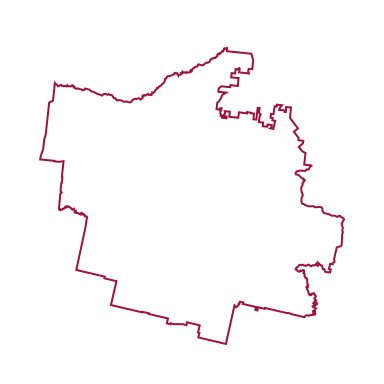 outline of Horsham, Victoria, Australia, rotated 276°
{"feature_id": "25037944B92361056365890", "entity_name": "Horsham", "entity_type": "district", "adm_level": 2, "iso_a3": "AUS", "parent_name": "Australia", "parent_adm1": "Victoria", "projection": "robinson", "projection_center": [142.219, -36.829], "detail": "fine", "context": "isolated", "style": "outline", "palette": "rose", "viewbox_px": 384, "rotation_deg": 276, "n_neighbors": 0, "source": "geoboundaries", "source_scale": "gbopen_adm2", "svg_char_len": 5987}
<svg xmlns="http://www.w3.org/2000/svg" viewBox="0 0 384 384"><g transform="rotate(276 192 192)"><path d="M102.4,85.1L98.7,114.1L97.0,113.9L95.4,126.2L71.1,123.2L67.1,154.9L67.7,154.9L66.9,161.8L66.2,161.6L63.7,181.3L58.7,180.7L58.2,184.5L59.1,184.6L58.7,187.9L59.6,196.8L58.9,200.3L61.9,200.7L60.2,213.6L52.9,212.7L52.7,214.1L48.0,213.5L44.4,241.6L83.7,246.1L82.0,248.0L84.0,250.0L85.9,250.1L85.8,250.9L87.9,251.2L87.5,254.6L86.0,254.4L84.3,267.8L81.3,267.4L81.0,269.4L84.3,269.8L83.4,276.5L84.3,276.6L81.5,299.0L81.9,300.7L80.9,303.8L79.3,316.9L81.0,318.0L81.5,319.7L81.1,321.0L81.8,322.1L82.3,324.5L82.9,324.9L82.6,325.6L83.2,327.4L82.9,327.9L84.4,327.0L83.1,325.9L86.2,324.7L86.5,325.4L85.7,326.1L85.9,326.8L88.4,326.2L89.2,327.3L89.4,326.5L90.7,325.9L90.9,325.1L90.3,324.4L90.8,323.9L91.3,324.3L91.4,325.3L92.6,325.0L92.5,326.8L93.8,328.1L95.2,327.0L95.1,325.8L94.1,325.1L94.2,324.4L96.6,325.7L97.2,326.7L98.9,324.8L101.1,326.0L102.2,325.5L102.4,324.8L104.2,323.8L103.4,323.0L103.4,321.7L102.0,321.4L101.7,320.6L102.6,319.7L102.3,319.3L103.6,318.4L104.8,318.3L107.6,316.5L109.3,317.0L109.2,316.0L109.6,315.7L111.5,317.2L113.5,316.2L116.9,315.7L118.2,315.0L118.1,314.4L118.8,313.5L120.6,312.5L122.4,312.6L123.1,311.3L124.2,311.9L125.7,311.5L125.9,310.4L124.8,309.1L125.3,308.2L123.9,307.1L124.4,305.3L125.4,304.6L125.8,303.2L126.3,303.1L127.7,303.7L129.2,305.7L130.4,306.2L131.0,307.7L130.7,308.5L131.2,309.5L130.5,311.8L130.8,312.4L130.4,312.9L132.0,315.5L130.6,318.3L131.8,319.7L131.9,321.5L132.3,322.5L133.8,323.1L133.6,323.5L134.1,323.7L132.2,324.1L131.7,324.9L134.3,325.5L132.5,327.6L132.5,328.9L129.0,330.2L129.2,331.5L126.6,332.9L126.2,336.2L127.2,337.3L126.9,337.8L129.5,338.1L129.7,336.2L135.1,336.9L134.8,339.5L136.3,339.7L137.4,341.1L140.1,340.3L151.6,341.7L152.2,342.1L153.7,345.7L155.0,346.4L166.0,345.8L167.8,346.3L169.6,345.5L172.0,345.8L175.9,344.1L180.8,346.1L182.2,344.5L182.6,342.9L183.7,341.8L183.7,340.9L182.4,339.0L183.3,336.7L183.1,333.4L184.3,330.1L184.8,325.5L186.7,323.9L189.5,323.2L190.3,322.4L190.5,321.1L189.7,315.9L190.6,314.0L189.9,309.8L190.9,305.5L191.8,304.2L192.0,302.6L194.5,301.7L197.1,301.6L200.7,302.5L204.5,300.6L207.9,300.2L210.7,301.3L212.3,300.9L213.7,302.2L214.9,301.8L215.6,302.9L216.2,302.2L215.7,301.6L217.0,301.1L217.5,299.3L220.2,296.0L220.3,293.5L221.6,292.9L223.4,294.1L224.8,298.2L224.7,302.3L226.5,303.8L226.4,305.1L226.9,305.9L230.2,307.0L230.9,308.9L230.9,300.7L242.6,300.8L244.1,297.2L248.1,293.5L252.0,297.3L254.5,297.3L254.6,292.4L256.8,292.4L262.6,287.0L266.3,290.7L276.0,281.7L286.4,281.6L286.4,276.8L281.3,276.9L281.3,275.7L282.8,275.7L282.9,270.0L285.8,271.0L287.7,272.4L287.7,267.2L285.8,267.2L285.8,265.2L277.9,264.9L277.9,262.4L274.0,262.4L274.0,264.5L271.7,264.5L271.5,267.3L263.2,266.3L263.6,263.3L264.4,264.3L267.0,264.3L267.0,260.1L264.8,260.1L264.8,255.5L268.5,255.5L268.5,251.2L274.0,251.3L276.3,252.2L277.9,250.4L282.5,250.5L282.5,248.5L270.7,248.4L270.7,245.5L276.4,245.5L276.4,242.6L276.9,242.6L277.3,238.5L275.9,238.5L276.2,230.4L270.7,230.2L270.7,221.2L275.8,221.2L275.8,216.1L274.0,216.7L273.0,216.5L272.1,215.4L270.7,215.5L270.7,218.6L268.9,218.6L269.0,214.0L270.8,214.0L270.8,212.5L272.5,212.5L273.6,211.8L275.4,211.7L276.1,212.5L278.5,212.5L278.1,211.1L276.9,210.6L276.9,207.8L283.6,207.8L285.1,209.5L291.9,212.2L294.4,215.6L294.4,207.7L297.7,207.7L300.2,210.1L300.2,219.0L302.3,219.0L302.2,226.4L310.2,226.4L310.1,219.0L314.4,219.0L314.4,222.5L318.9,222.5L318.3,224.2L320.2,225.9L319.9,226.5L315.9,226.4L315.8,236.3L317.8,235.3L320.3,235.4L320.4,239.1L329.2,239.1L335.7,236.6L335.7,211.9L339.6,211.9L338.6,211.5L338.1,209.8L338.3,209.2L337.9,208.8L337.0,209.1L335.6,207.9L335.0,208.2L334.7,207.0L333.7,206.5L332.6,205.6L332.8,204.9L332.0,204.7L332.1,203.4L331.2,202.9L330.1,203.2L329.7,202.5L327.8,201.4L327.9,200.0L326.9,199.1L326.9,198.1L326.2,197.2L325.5,196.5L323.1,195.8L322.1,193.6L322.2,192.7L319.2,189.7L319.0,188.2L319.7,185.2L319.0,184.6L317.6,184.4L316.9,182.3L316.2,182.0L315.1,180.2L313.1,179.4L313.5,178.3L312.4,177.7L311.6,178.6L311.0,177.9L310.4,175.6L310.6,174.3L310.0,174.3L309.8,172.8L310.3,172.2L310.0,171.0L310.3,170.6L309.8,170.4L310.2,170.0L309.2,170.0L309.1,169.0L308.8,169.3L308.6,168.8L307.3,168.4L307.3,165.9L306.7,165.9L308.6,164.7L308.2,163.7L308.5,163.5L308.6,162.5L308.0,162.6L306.7,160.9L304.8,157.4L304.5,155.5L302.2,154.4L301.6,153.3L300.7,153.6L297.2,152.3L295.9,150.6L295.0,150.5L293.4,148.2L292.0,147.5L292.0,146.4L290.4,146.0L289.1,144.6L287.6,144.3L286.7,143.1L286.9,142.2L286.0,142.4L285.6,141.8L284.3,141.6L284.7,140.6L284.0,139.9L283.9,139.2L285.0,137.9L282.9,135.5L283.4,134.5L282.9,134.0L283.1,133.5L282.0,132.6L281.1,133.1L280.0,132.9L278.6,131.3L279.6,129.6L279.6,128.6L278.8,127.5L278.6,125.2L277.4,123.2L275.6,122.5L274.5,120.8L275.2,117.4L274.6,115.5L274.9,113.7L275.6,112.8L275.7,110.5L275.6,108.8L275.2,108.1L276.3,107.0L276.2,106.5L277.4,105.7L277.3,104.3L279.9,102.4L280.2,99.5L280.7,98.9L279.8,97.9L280.3,96.8L280.4,94.4L279.5,93.2L278.5,92.7L280.2,86.0L281.5,83.3L281.3,82.1L283.2,78.8L283.7,74.8L282.5,74.5L281.7,72.3L282.4,71.4L282.6,69.2L283.2,67.9L282.5,66.2L283.1,64.7L284.3,64.1L283.9,63.3L285.2,62.9L285.7,61.8L284.9,61.6L284.1,59.2L284.5,58.4L284.3,57.4L285.1,56.8L283.8,56.1L284.3,54.3L283.7,52.9L284.0,51.6L284.9,50.8L283.1,47.6L284.4,46.7L285.0,45.8L284.8,45.2L285.9,44.2L268.3,44.2L266.0,40.6L233.7,40.5L228.7,39.5L219.0,39.5L212.0,37.8L208.5,37.6L208.6,52.0L208.1,52.0L208.1,56.8L209.3,61.0L193.2,61.0L193.1,61.6L187.3,61.6L187.1,61.1L179.5,61.1L177.8,62.5L176.7,61.2L161.4,61.4L160.6,61.8L160.3,62.7L161.0,62.6L160.9,64.7L162.0,65.3L161.8,66.1L162.6,67.0L163.7,67.2L164.6,68.2L163.7,68.9L164.7,69.8L164.4,70.4L164.7,70.7L163.9,71.6L164.0,72.4L162.0,74.8L163.0,76.2L161.3,76.9L161.3,78.0L159.7,77.5L159.9,78.8L159.0,79.0L159.3,80.4L158.3,82.8L159.3,83.8L158.0,84.1L158.3,85.5L158.9,85.6L158.2,86.4L158.5,86.8L158.2,87.4L156.5,88.1L156.8,89.3L156.2,90.2L146.4,89.8L102.4,85.1Z" fill="none" stroke="#9f1239" stroke-width="2"/></g></svg>